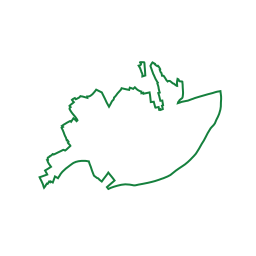 Hung Yen, Hưng Yên, Vietnam (orthographic projection), rotated 252°
{"feature_id": "81297802B83594447255", "entity_name": "Hung Yen", "entity_type": "district", "adm_level": 2, "iso_a3": "VNM", "parent_name": "Vietnam", "parent_adm1": "Hưng Yên", "projection": "orthographic", "projection_center": [106.072, 20.66], "detail": "fine", "context": "isolated", "style": "outline", "palette": "green", "viewbox_px": 256, "rotation_deg": 252, "n_neighbors": 0, "source": "geoboundaries", "source_scale": "gbopen_adm2", "svg_char_len": 5700}
<svg xmlns="http://www.w3.org/2000/svg" viewBox="0 0 256 256"><g transform="rotate(252 128 128)"><path d="M95.5,199.2L98.4,202.1L100.3,204.3L102.2,206.5L102.6,207.2L103.1,208.0L103.6,209.0L104.5,210.6L105.6,212.1L108.4,214.5L110.8,216.9L113.2,219.0L116.9,221.5L119.7,222.9L123.7,224.3L126.7,225.5L129.3,226.3L134.5,227.3L134.7,225.8L135.0,223.9L135.1,221.6L135.1,219.2L135.4,214.6L135.7,206.1L135.8,201.8L135.8,200.3L135.7,199.2L135.7,197.8L135.6,195.3L135.5,193.3L135.7,192.1L136.0,189.5L136.3,186.9L136.2,185.8L136.2,183.1L136.8,183.5L137.1,183.7L137.3,184.0L137.9,184.9L138.5,185.6L139.0,186.7L139.2,187.3L139.6,188.5L140.0,189.1L140.7,189.6L142.4,190.4L143.8,191.0L145.0,191.4L150.1,192.7L152.5,193.4L154.5,193.8L155.0,194.0L155.4,193.9L155.5,193.8L156.6,191.3L156.9,191.2L157.2,191.1L158.1,191.1L158.4,191.1L158.7,191.0L159.4,190.3L158.3,189.7L157.2,189.1L155.8,188.5L154.1,188.1L153.0,187.8L153.4,187.3L153.3,187.2L154.1,186.5L155.4,185.7L155.8,185.5L156.1,185.0L156.3,184.8L156.5,184.6L156.8,184.3L157.1,184.2L157.4,183.9L158.3,183.4L159.3,182.7L159.7,182.4L159.9,182.1L160.0,181.9L160.2,181.1L160.2,180.6L160.0,180.1L160.8,179.7L161.7,179.3L163.6,178.9L166.1,178.2L166.7,177.9L167.2,176.5L168.7,176.7L169.9,176.8L171.0,176.3L173.7,176.2L174.0,176.8L176.0,176.4L177.5,175.9L177.9,175.7L177.7,175.3L177.7,175.1L178.7,174.2L180.3,173.2L180.5,173.1L180.8,173.4L182.8,171.6L182.2,170.7L181.0,169.4L180.1,168.5L175.3,168.6L172.3,168.7L171.5,168.7L170.6,168.9L168.6,169.1L166.6,169.3L165.9,169.4L164.6,169.7L163.0,170.0L161.9,170.4L161.4,169.7L160.1,169.7L158.5,169.7L157.3,169.6L156.4,169.4L154.3,169.2L152.9,169.1L151.9,169.1L151.9,168.1L151.9,167.6L149.2,167.6L146.7,167.4L143.9,167.2L143.5,169.1L138.8,168.4L138.7,167.2L136.1,167.1L135.2,166.9L135.2,165.8L135.1,164.7L135.5,164.6L135.9,164.5L135.5,163.3L135.6,163.2L135.9,163.3L136.6,163.4L137.5,163.5L138.5,163.6L138.8,160.8L138.9,160.4L139.4,160.3L145.0,160.6L145.6,157.7L150.4,158.7L152.4,159.1L155.2,159.5L155.6,155.3L155.8,153.7L155.8,153.3L156.8,153.4L156.9,151.5L158.2,151.8L158.5,151.9L158.6,151.6L160.2,149.9L161.3,148.9L162.4,148.2L163.8,147.5L164.6,147.1L163.6,145.0L164.8,143.6L165.8,142.2L163.9,140.9L165.1,138.7L167.8,134.2L166.7,133.2L165.2,130.6L164.0,128.5L163.3,127.6L162.2,126.0L161.7,125.2L161.5,124.6L161.4,124.4L161.2,124.1L160.5,123.8L159.6,123.1L159.4,122.9L159.2,122.6L159.0,122.1L158.7,121.5L158.6,121.3L158.4,121.1L158.0,120.6L157.0,119.6L156.1,118.7L154.1,116.5L158.7,115.6L163.0,115.1L168.3,114.3L169.9,114.1L174.3,109.6L173.7,108.8L172.7,107.3L171.8,105.8L171.1,104.6L170.8,103.8L170.6,103.2L170.3,102.4L170.2,101.8L170.1,101.2L170.2,100.3L170.4,99.4L170.6,98.9L170.1,98.7L169.3,98.6L170.4,96.9L172.0,94.5L172.6,93.2L173.0,92.6L172.7,92.1L172.6,91.9L172.4,91.6L172.2,91.3L172.1,91.0L171.9,89.9L171.6,88.3L171.5,87.6L171.5,87.2L172.9,86.7L172.7,85.4L172.5,84.4L172.1,83.4L171.3,83.6L169.3,84.5L168.8,83.4L168.3,82.0L167.8,80.6L167.1,79.2L165.6,79.9L165.4,79.4L165.0,78.8L164.8,78.5L164.5,78.4L164.1,78.3L163.0,78.5L161.6,78.8L159.9,79.3L159.1,79.6L158.0,80.0L156.4,80.7L154.3,81.5L151.9,82.2L151.1,82.3L150.9,82.3L150.8,82.1L150.5,81.4L150.4,81.2L151.7,80.6L153.6,79.4L154.1,79.1L153.7,78.6L151.5,75.8L152.5,75.2L152.5,74.9L152.3,73.8L152.0,72.1L151.8,71.1L151.5,70.0L151.1,68.1L150.4,65.8L149.1,66.5L148.7,64.9L146.0,65.3L143.1,65.5L141.9,65.5L139.4,65.7L138.1,66.0L135.2,65.9L135.2,66.6L133.2,67.2L132.7,66.6L132.5,66.3L132.1,66.5L131.7,66.5L130.6,67.1L129.4,67.6L129.0,67.7L128.8,67.7L128.7,67.5L127.6,65.1L126.4,62.5L126.1,61.5L126.0,61.2L126.7,60.5L127.0,60.1L127.2,59.8L127.2,59.4L126.8,57.0L126.4,53.9L126.0,51.2L125.8,49.7L125.8,49.0L126.2,48.7L126.4,48.6L126.5,48.5L126.5,48.3L126.3,48.1L126.0,47.4L125.8,46.9L125.5,46.1L125.4,45.5L125.4,45.2L125.4,44.9L125.3,44.7L125.0,44.6L124.9,44.3L124.8,43.6L124.7,42.9L124.5,42.5L124.2,42.3L123.8,42.2L122.4,42.0L122.5,41.2L121.8,41.3L120.8,41.3L119.8,41.4L118.3,41.7L116.8,42.2L114.9,42.8L114.0,39.5L113.2,36.0L109.6,36.7L108.7,36.8L108.6,33.9L108.5,30.7L108.5,28.7L106.7,28.9L104.1,29.3L101.4,29.6L100.3,29.7L98.7,29.6L98.2,29.6L97.1,29.7L98.2,31.3L99.3,32.5L100.2,33.7L99.7,34.3L101.5,36.5L100.5,37.2L101.1,37.9L99.4,39.6L102.3,41.9L104.5,43.6L101.9,45.9L103.0,47.2L103.7,48.1L105.1,49.7L105.7,50.6L106.3,51.5L106.9,52.6L108.1,55.2L108.7,56.5L109.2,58.0L110.3,61.1L110.8,62.6L111.2,63.8L111.5,64.8L111.7,65.8L111.8,67.2L111.9,67.9L111.8,68.9L111.7,70.5L111.3,72.6L111.1,73.6L110.6,75.1L110.2,76.5L109.9,77.3L109.3,78.6L108.6,79.8L108.4,80.4L105.5,80.4L102.6,80.6L98.8,80.6L96.6,80.7L93.2,80.9L91.3,82.2L89.9,83.2L89.5,83.9L89.2,84.1L88.8,84.4L87.9,84.7L86.8,85.4L85.2,86.5L86.9,88.8L87.8,90.1L89.3,92.3L91.1,94.8L91.7,95.5L89.0,96.5L87.0,97.3L84.3,98.3L82.2,99.0L78.3,89.7L76.1,90.5L76.4,93.1L76.5,96.2L76.4,100.0L76.2,102.4L76.1,103.8L76.0,104.4L75.7,105.9L75.3,107.9L75.0,108.7L74.6,109.7L73.6,112.2L73.1,113.1L72.7,113.9L72.2,114.8L71.8,115.5L71.5,116.2L71.2,117.4L70.9,120.5L70.3,125.0L69.7,130.1L69.4,133.7L69.2,137.2L69.2,141.4L69.2,141.6L69.3,144.1L69.3,145.3L69.3,146.2L69.4,147.4L69.5,148.5L69.6,149.8L69.7,150.9L69.9,152.0L70.2,153.8L71.4,157.0L72.8,160.7L72.9,161.1L73.8,164.0L75.0,168.3L75.8,171.0L77.1,174.3L78.7,177.7L79.1,178.4L81.0,182.0L82.5,184.5L83.7,186.0L86.4,189.2L90.1,193.2L92.6,196.2L95.5,199.2ZM184.0,157.4L181.2,158.0L178.4,158.1L176.8,158.1L176.4,158.2L175.7,158.3L175.1,158.3L174.6,158.3L172.6,157.6L172.6,160.1L172.6,160.7L173.1,160.8L177.7,162.0L181.2,162.8L184.7,163.7L185.4,163.7L185.9,162.8L186.6,160.7L186.8,160.0L186.8,159.8L186.7,159.7L186.3,159.8L185.9,160.0L185.6,160.1L185.0,160.2L184.8,160.1L184.5,160.0L184.3,159.8L184.0,159.3L183.9,158.9L184.0,158.3L184.0,157.4Z" fill="none" stroke="#15803d" stroke-width="2"/></g></svg>